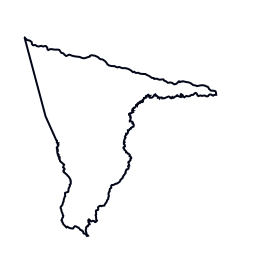 Pium, Tocantins, Brazil, rotated 83°
{"feature_id": "56859067B30046930034094", "entity_name": "Pium", "entity_type": "district", "adm_level": 2, "iso_a3": "BRA", "parent_name": "Brazil", "parent_adm1": "Tocantins", "projection": "orthographic", "projection_center": [-49.76, -9.946], "detail": "fine", "context": "isolated", "style": "outline", "palette": "ink", "viewbox_px": 256, "rotation_deg": 83, "n_neighbors": 0, "source": "geoboundaries", "source_scale": "gbopen_adm2", "svg_char_len": 5930}
<svg xmlns="http://www.w3.org/2000/svg" viewBox="0 0 256 256"><g transform="rotate(83 128 128)"><path d="M74.3,113.5L72.9,115.1L73.2,116.2L70.9,118.4L69.3,120.7L68.3,123.2L67.9,126.5L66.4,129.1L66.3,129.9L66.6,131.0L65.9,132.5L65.0,133.7L64.5,136.9L63.5,139.4L62.1,140.8L60.2,141.6L58.8,142.7L56.9,144.8L56.3,147.0L55.4,148.1L54.0,149.1L52.2,152.1L51.4,154.8L51.4,155.9L51.7,156.9L52.4,157.2L53.5,162.9L53.0,164.8L51.5,167.5L50.5,171.8L49.4,174.8L48.3,176.8L48.1,177.7L49.0,180.4L48.8,180.9L47.6,182.0L46.1,183.0L45.2,185.1L42.1,186.7L41.6,188.3L41.4,190.6L40.3,194.8L40.3,195.6L40.9,197.6L40.2,198.3L38.2,198.4L36.6,199.6L36.6,201.0L36.8,202.3L35.9,204.1L36.2,207.0L35.6,208.4L34.4,209.8L34.2,211.0L34.4,211.9L34.0,212.5L33.2,213.0L30.9,213.2L29.7,214.4L29.0,215.5L28.4,217.4L25.8,219.4L26.1,219.6L106.4,208.4L131.6,200.6L132.0,200.0L133.7,200.4L134.0,199.9L134.8,199.8L134.7,199.2L135.8,199.7L136.1,199.5L136.1,199.1L137.1,199.3L137.7,200.2L138.2,200.4L138.4,200.8L139.0,201.2L139.5,201.1L139.6,200.6L140.0,200.5L140.5,200.6L141.0,201.0L141.4,200.4L142.3,200.5L142.3,201.0L143.0,201.2L145.8,200.9L145.6,200.3L146.1,200.0L147.5,200.5L148.5,199.5L149.0,200.0L149.4,199.5L150.0,199.6L150.3,200.0L151.7,199.4L152.4,199.5L153.3,198.9L156.5,195.9L156.9,195.9L157.3,196.4L159.2,197.2L159.8,196.5L161.0,195.9L161.7,196.8L162.7,197.4L163.3,197.3L163.2,196.9L164.1,196.9L167.2,194.1L168.0,193.8L168.6,193.1L169.8,192.4L172.7,191.3L173.5,191.6L173.9,191.3L174.5,191.3L176.5,191.7L177.2,192.8L178.4,192.7L180.9,194.3L183.7,195.0L184.1,195.2L184.7,198.3L185.0,198.5L188.0,198.6L188.4,199.1L191.7,200.7L193.0,200.8L193.8,201.5L196.3,202.5L198.3,204.5L199.7,204.6L200.5,204.2L202.9,204.1L205.3,203.3L206.7,203.3L207.2,202.9L208.7,203.4L209.0,203.9L211.6,205.3L212.2,204.7L213.3,204.7L214.7,204.1L215.3,204.1L219.1,201.3L218.6,200.6L218.6,200.1L219.7,199.0L220.4,197.5L221.1,195.0L219.1,192.9L219.1,192.2L219.5,191.3L220.5,190.1L220.9,189.2L223.5,187.5L223.8,186.5L224.8,185.9L225.0,185.4L225.9,185.0L227.1,185.0L228.1,182.9L230.2,181.9L230.1,180.8L229.4,181.1L227.8,182.5L227.1,182.1L224.5,182.4L223.5,182.3L223.0,181.8L221.9,181.8L221.2,181.4L220.4,180.4L220.7,180.1L220.6,179.8L219.1,178.8L218.9,177.8L218.2,177.9L216.5,178.8L214.9,178.3L214.6,178.6L214.0,177.9L214.8,177.1L216.0,176.6L216.2,175.6L215.8,174.7L216.0,173.3L217.3,172.3L217.4,171.6L216.7,171.2L216.4,170.2L216.1,170.0L215.1,170.7L211.5,170.5L210.7,170.8L210.2,170.6L209.9,170.1L206.6,170.0L205.8,169.5L205.8,168.1L205.5,167.7L205.1,167.4L203.3,167.4L202.8,167.2L201.9,165.6L201.8,165.1L202.4,163.7L202.1,163.1L202.1,160.9L200.7,160.1L198.9,158.3L197.3,157.6L195.9,156.2L194.6,156.1L193.4,155.3L192.6,155.2L191.5,155.5L190.0,155.1L189.4,154.8L189.2,154.4L188.6,153.9L188.0,154.0L186.1,153.3L185.3,151.9L183.6,151.8L182.7,151.2L182.7,149.2L181.8,147.0L181.9,145.9L180.5,143.1L179.2,142.0L178.7,141.9L176.8,139.3L176.1,139.2L175.7,138.7L175.0,138.5L172.8,136.2L172.0,136.0L171.9,135.7L171.0,135.8L169.7,134.8L169.3,134.8L168.9,134.4L168.9,133.1L168.2,132.4L167.0,132.1L166.2,132.6L165.6,132.3L165.4,131.3L163.0,131.8L162.0,131.8L161.9,131.2L161.4,131.1L161.2,130.5L160.5,129.7L159.9,129.3L159.1,129.5L158.4,128.5L157.8,128.4L156.5,129.1L156.2,129.9L155.5,129.8L155.1,129.5L154.1,130.1L153.5,130.7L153.4,131.3L152.3,131.9L152.0,132.9L151.2,132.7L150.5,133.0L149.3,134.2L148.5,134.2L147.2,135.0L146.8,134.9L146.4,134.5L145.8,133.2L144.4,133.3L143.3,134.1L142.4,133.8L142.0,133.3L141.7,133.7L141.2,133.3L140.6,133.6L138.4,132.6L138.2,132.2L137.3,131.6L136.4,132.2L135.5,131.6L134.7,130.7L133.7,130.8L133.4,130.6L133.8,129.8L132.9,128.8L131.3,128.4L130.3,128.4L130.5,127.4L129.3,126.5L129.1,125.3L128.2,125.1L127.2,122.3L125.5,121.9L124.7,122.1L124.0,123.0L123.4,122.5L122.9,122.6L122.4,122.9L121.9,124.2L121.2,124.6L121.5,125.4L121.0,125.4L120.2,124.7L117.8,123.9L117.3,124.6L116.3,124.1L115.4,124.5L115.0,125.4L114.6,125.4L114.1,125.2L113.6,124.3L113.6,122.9L113.0,121.3L112.6,121.7L111.8,121.3L111.6,120.8L111.2,121.8L110.1,121.4L109.7,121.0L110.1,121.0L110.0,120.6L109.3,120.4L108.7,119.4L108.8,119.1L108.2,118.2L107.5,117.6L106.0,117.1L105.9,116.4L106.3,116.2L105.4,116.0L105.1,115.7L105.4,115.0L104.9,114.8L104.7,113.9L104.3,114.1L104.3,113.6L104.0,113.4L104.2,113.1L103.7,113.0L103.5,112.6L103.2,112.5L103.1,111.9L103.5,111.5L104.0,111.3L104.1,110.9L103.6,109.9L103.2,109.9L103.0,110.6L102.6,110.6L102.3,110.4L102.4,109.9L101.9,109.8L101.7,109.2L100.7,108.7L100.5,108.4L100.1,108.4L100.1,108.0L100.5,107.9L99.8,105.9L99.1,105.9L98.7,106.3L98.3,106.1L98.4,104.6L97.5,104.1L97.5,103.6L98.0,103.3L98.6,103.6L98.9,103.4L98.9,102.4L99.4,102.9L99.9,103.1L100.6,102.7L100.8,100.9L100.6,100.3L99.9,99.1L98.3,97.8L97.9,96.7L98.5,96.4L99.3,96.6L99.9,95.1L101.0,94.6L101.6,94.7L101.6,94.2L101.2,93.8L101.4,93.4L102.3,93.1L101.9,92.8L101.7,91.1L102.3,90.2L102.8,90.3L102.9,88.3L101.7,84.0L102.1,82.9L103.0,82.3L103.0,81.7L103.6,81.9L103.8,81.3L103.6,80.8L102.6,80.1L103.2,79.4L103.6,79.3L103.0,77.9L102.5,77.4L102.2,75.5L101.6,75.4L101.6,75.0L102.2,74.9L103.8,71.6L103.6,70.8L103.1,70.7L102.3,71.2L101.9,71.7L100.9,71.5L100.9,71.0L102.2,69.7L103.7,69.1L104.4,68.4L103.3,66.2L103.9,64.5L103.9,63.1L103.6,62.2L103.0,61.6L103.0,59.2L101.7,57.5L101.4,56.6L102.1,55.7L104.3,54.9L104.9,54.2L104.5,52.1L105.1,51.0L105.1,48.0L106.3,45.8L106.1,44.7L105.0,43.5L104.7,42.7L104.9,41.5L106.3,39.6L105.8,38.8L105.7,37.9L105.8,36.4L103.3,36.4L102.3,36.7L101.9,37.2L101.2,39.5L101.2,40.7L100.9,41.2L99.1,42.8L98.3,43.0L96.8,43.8L96.1,45.4L95.1,46.9L94.5,49.6L94.8,54.5L94.2,55.4L93.3,58.1L91.2,60.3L90.2,62.0L89.3,65.1L88.3,67.7L88.5,68.3L88.3,69.5L88.6,70.0L88.8,70.9L88.0,71.4L87.9,71.9L89.7,74.1L90.1,75.0L90.3,76.7L89.8,77.5L88.7,78.5L88.0,80.1L88.0,82.9L86.1,84.9L85.5,86.3L84.2,86.8L84.0,87.1L83.9,90.6L83.6,91.7L82.6,93.2L82.5,95.9L82.3,96.2L81.5,96.4L81.2,98.1L78.7,101.0L77.3,103.4L76.6,104.0L75.9,108.1L75.4,109.6L74.5,110.9L74.3,113.5Z" fill="none" stroke="#020617" stroke-width="2"/></g></svg>